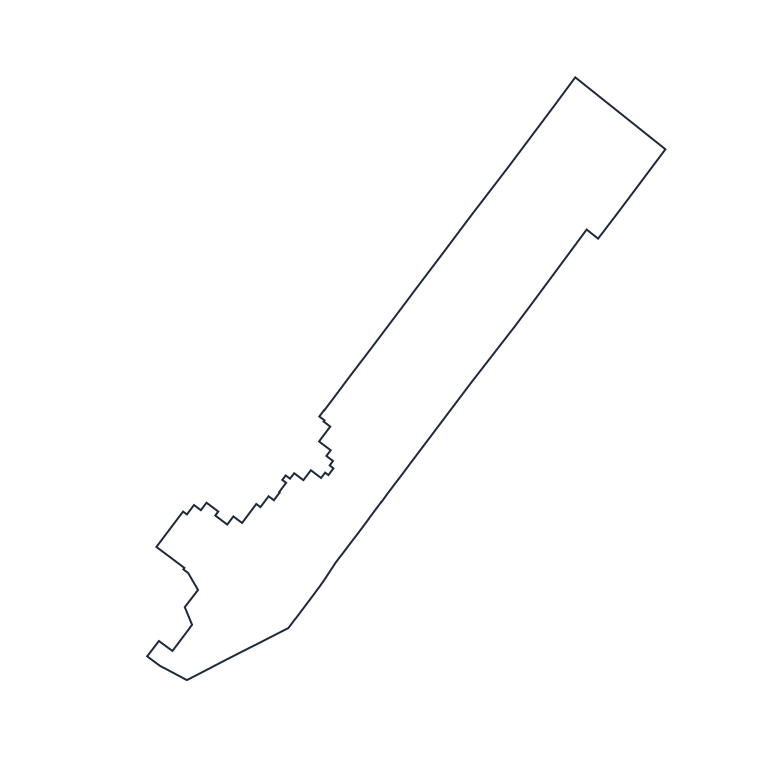 Menzies, Western Australia, Australia (Equal Earth projection), rotated 307°
{"feature_id": "25037944B67042441314136", "entity_name": "Menzies", "entity_type": "district", "adm_level": 2, "iso_a3": "AUS", "parent_name": "Australia", "parent_adm1": "Western Australia", "projection": "equal_earth", "projection_center": [120.764, -29.386], "detail": "fine", "context": "isolated", "style": "outline", "palette": "slate", "viewbox_px": 768, "rotation_deg": 307, "n_neighbors": 0, "source": "geoboundaries", "source_scale": "gbopen_adm2", "svg_char_len": 3174}
<svg xmlns="http://www.w3.org/2000/svg" viewBox="0 0 768 768"><g transform="rotate(307 384 384)"><path d="M744.0,352.2L709.8,352.5L631.5,352.7L572.5,352.2L564.2,352.2L521.2,352.3L478.0,352.2L458.5,352.3L404.3,352.3L369.2,352.1L343.4,352.2L327.1,352.2L327.1,351.9L319.1,351.9L319.1,358.4L317.7,358.4L317.6,366.7L299.1,366.7L299.0,369.3L299.0,372.9L299.0,374.5L299.0,375.9L299.0,381.3L291.9,381.3L291.8,388.6L291.8,389.6L287.7,389.6L286.3,389.6L286.2,394.4L277.8,394.4L277.8,390.3L271.1,390.3L271.1,377.5L258.7,377.5L258.7,374.3L258.7,366.0L251.8,365.9L251.8,360.5L246.2,360.5L246.2,365.3L234.7,365.3L234.7,365.9L231.0,366.0L230.7,366.0L230.4,366.0L230.0,366.0L228.8,366.0L227.7,366.0L226.6,366.0L224.9,366.0L224.9,359.4L211.3,359.4L211.3,354.2L187.6,354.3L187.6,353.6L187.6,352.3L187.6,350.9L187.6,343.4L186.5,343.4L183.3,343.4L177.4,343.4L177.4,328.4L182.4,328.4L182.4,313.7L173.0,313.7L173.0,305.1L164.2,305.1L161.2,305.1L161.2,300.3L158.3,300.3L149.3,300.3L148.7,300.3L133.5,300.3L129.6,300.3L120.0,300.3L118.3,300.3L116.9,300.3L117.0,335.3L115.2,335.3L115.2,339.8L115.2,341.4L107.6,359.4L85.9,359.2L76.2,375.6L73.9,375.6L72.9,375.6L71.5,375.7L71.2,375.7L70.8,375.7L70.2,375.7L68.8,375.7L68.1,375.7L67.8,375.7L66.5,375.7L64.5,375.7L62.9,375.7L61.6,375.7L61.0,375.7L59.7,375.7L58.4,375.7L57.5,375.7L56.8,375.7L56.2,375.7L55.9,375.7L54.6,375.7L54.0,375.7L53.0,375.7L51.4,375.7L50.5,375.7L49.8,375.7L49.2,375.7L48.9,375.7L48.2,375.7L47.3,375.7L46.6,375.7L46.0,375.7L44.4,375.7L43.5,375.7L43.4,369.9L43.3,358.9L27.8,358.8L24.0,358.7L24.0,360.6L24.0,364.0L24.0,366.3L24.1,374.6L24.1,375.0L24.9,379.6L25.7,384.6L26.2,387.7L26.7,390.8L27.3,394.6L27.6,396.4L28.1,399.6L28.6,403.1L28.9,404.8L29.6,405.1L30.9,405.7L32.2,406.4L32.8,406.7L34.1,407.3L35.4,407.9L36.4,408.4L37.4,408.9L38.7,409.5L40.3,410.3L41.6,410.9L42.6,411.4L43.9,412.0L45.2,412.6L45.5,412.8L45.8,412.9L47.4,413.7L47.8,413.9L48.1,414.0L48.7,414.3L50.0,414.9L51.3,415.6L52.0,415.9L52.6,416.2L53.3,416.5L53.6,416.7L53.9,416.8L55.3,417.4L56.9,418.2L58.8,419.1L59.8,419.6L60.8,420.1L62.7,421.0L63.4,421.3L64.4,421.8L66.3,422.7L67.3,423.2L68.3,423.6L74.9,426.9L78.7,428.7L83.2,430.9L90.5,434.5L91.4,434.9L91.8,435.1L97.8,438.1L99.4,438.9L122.5,450.1L129.7,453.6L130.9,454.2L131.2,454.4L131.4,454.5L131.7,454.5L132.8,454.5L133.8,454.5L134.9,454.5L135.9,454.5L137.0,454.5L138.0,454.5L139.1,454.5L140.1,454.5L141.5,454.5L142.6,454.5L143.6,454.6L144.7,454.6L145.7,454.6L146.8,454.6L147.8,454.6L148.9,454.6L149.9,454.6L151.0,454.6L152.1,454.6L153.1,454.6L154.2,454.6L155.2,454.6L156.3,454.6L157.3,454.6L158.4,454.6L159.4,454.6L160.5,454.6L161.5,454.6L162.6,454.6L164.0,454.6L165.0,454.6L166.1,454.6L181.9,454.5L183.0,454.5L183.7,454.5L185.1,454.5L185.8,454.4L187.1,454.4L188.1,454.4L196.8,453.9L208.7,453.1L211.0,452.9L212.0,452.9L214.8,452.9L217.5,452.9L228.2,453.0L238.9,453.0L247.6,453.1L252.9,453.1L255.7,453.1L267.1,453.0L267.1,452.9L288.1,452.8L288.1,453.0L294.1,452.9L297.5,452.8L305.1,452.8L311.7,452.8L321.8,452.9L334.3,452.8L343.5,452.8L368.2,452.8L436.1,452.8L436.7,452.8L510.0,453.8L537.8,453.7L629.3,452.9L628.9,467.5L660.6,467.7L740.8,467.5L744.0,352.2Z" fill="none" stroke="#1e293b" stroke-width="2"/></g></svg>